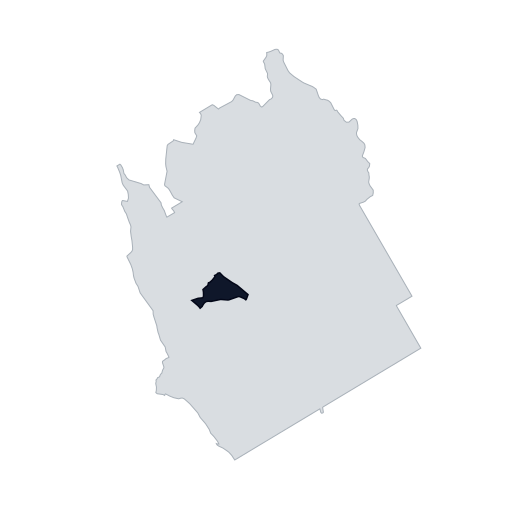 Khartoum highlighted on a map of Sudan, rotated 149°
{"feature_id": "SDN-874", "entity_name": "Khartoum", "entity_type": "Region", "adm_level": 1, "iso_a3": "SDN", "parent_name": "Sudan", "parent_adm1": "", "projection": "equal_earth", "projection_center": [32.98, 15.925], "detail": "fine", "context": "in_parent", "style": "filled", "palette": "ink", "viewbox_px": 512, "rotation_deg": 149, "n_neighbors": 0, "source": "natural_earth", "source_scale": "10m", "svg_char_len": 4554}
<svg xmlns="http://www.w3.org/2000/svg" viewBox="0 0 512 512"><g transform="rotate(149 256 256)"><path d="M328.9,404.8L325.4,404.8L325.0,403.7L325.0,400.6L325.4,398.3L326.7,394.7L326.4,392.7L326.6,389.8L325.7,386.6L317.2,377.3L315.6,374.7L311.1,372.3L311.9,369.7L310.0,350.6L310.9,348.4L311.2,345.1L311.2,342.2L312.2,337.3L312.4,335.2L303.4,335.1L303.3,337.2L303.7,339.5L303.7,340.5L291.3,340.5L296.2,348.0L296.4,351.3L296.2,355.4L296.2,358.0L296.5,359.7L297.9,363.1L297.8,363.7L297.5,364.5L288.6,374.4L287.1,379.1L286.0,381.5L283.4,385.6L275.3,396.3L274.0,397.0L267.8,397.3L267.2,397.6L266.7,398.1L261.2,391.7L252.4,384.2L246.5,388.1L244.9,389.5L244.9,393.2L244.0,395.0L242.4,397.0L238.0,398.3L235.8,399.4L233.1,401.4L230.4,404.9L230.2,406.6L230.5,408.2L215.6,408.2L214.6,406.9L212.5,401.3L210.9,401.6L197.3,400.9L195.3,401.5L191.4,403.8L189.5,404.2L187.5,403.2L180.4,392.0L178.8,390.7L177.2,388.1L175.7,386.9L175.2,386.1L175.0,384.9L175.1,382.4L174.6,380.9L173.5,380.6L163.8,383.1L162.5,382.8L160.4,383.3L159.7,383.8L158.9,385.2L158.7,388.3L158.5,389.8L157.7,391.5L155.0,395.2L154.3,396.9L154.4,401.0L154.2,403.1L153.8,404.1L152.6,405.7L152.1,406.6L151.6,411.9L150.1,415.2L149.7,416.3L149.6,418.6L149.4,419.3L145.0,421.2L143.4,422.4L142.4,424.2L142.1,424.9L140.2,424.3L137.9,423.8L133.3,423.3L131.5,422.4L130.7,421.1L131.0,417.9L130.5,417.2L129.8,416.7L129.3,415.3L129.4,413.6L131.9,409.9L132.4,407.9L133.1,398.5L132.9,395.7L131.1,390.4L126.8,381.4L125.8,379.6L120.4,372.2L119.8,371.1L118.5,368.0L120.0,361.1L120.2,359.2L119.8,357.2L118.4,355.8L117.2,355.6L115.6,353.8L114.6,352.9L113.7,351.3L113.0,349.0L113.6,341.0L113.3,339.9L111.9,339.6L111.6,339.0L111.7,337.5L111.0,332.9L110.2,329.1L110.7,327.0L109.6,324.1L107.4,322.9L103.0,323.8L101.7,323.6L100.7,323.1L100.1,322.1L99.8,320.8L100.1,319.0L101.4,315.5L103.0,312.7L106.2,310.1L107.0,308.8L107.5,307.3L107.6,305.5L107.4,303.7L107.1,302.0L106.2,299.8L105.4,297.2L105.4,295.5L105.9,294.2L106.7,292.7L109.9,289.7L113.1,287.2L113.6,286.4L113.5,285.3L112.0,283.3L111.6,279.4L110.9,276.6L112.5,274.6L113.7,273.8L115.6,273.2L116.3,272.3L116.6,270.7L116.5,269.1L117.2,267.9L118.2,265.4L118.9,264.3L121.4,261.3L121.9,259.4L122.1,257.6L121.6,252.1L123.0,249.7L124.8,247.8L127.4,248.0L131.4,247.5L134.1,246.7L136.0,246.8L140.4,247.8L140.9,247.4L141.2,245.9L143.0,141.2L161.1,141.3L161.3,141.1L162.2,92.1L275.9,92.1L276.9,91.9L278.7,87.4L279.4,87.1L280.6,87.3L281.0,88.4L280.0,92.1L379.3,92.1L379.5,97.7L380.4,102.1L383.3,108.5L385.7,112.0L386.6,113.9L386.7,114.7L386.6,115.6L385.8,114.6L384.6,114.0L384.4,117.0L385.1,123.1L386.1,127.4L385.4,131.4L385.6,138.2L387.0,146.3L386.7,151.5L388.9,163.6L391.0,170.3L392.1,172.0L393.4,172.8L395.8,173.4L399.4,176.8L402.2,180.5L403.3,182.4L404.6,184.4L405.6,184.1L406.1,183.5L407.1,185.2L411.6,188.8L412.2,190.5L410.6,192.2L408.8,195.0L407.9,197.6L407.5,198.5L406.0,200.1L405.8,200.9L405.1,201.5L404.4,201.5L402.9,202.4L401.5,202.1L400.2,202.6L399.7,203.2L398.6,203.8L397.1,204.1L394.8,206.3L392.8,207.4L392.1,208.3L391.1,212.8L390.3,213.9L387.3,214.1L385.8,214.4L383.8,214.0L382.8,214.0L382.6,215.0L382.3,218.8L382.3,220.4L380.7,224.8L381.2,233.0L379.6,239.1L379.4,240.6L377.8,245.4L377.0,247.2L374.9,256.3L374.1,259.1L372.4,262.1L374.3,284.0L372.8,290.7L372.9,294.4L371.9,299.8L371.1,302.3L369.7,305.4L368.6,308.7L367.7,313.2L367.0,321.7L366.7,322.4L361.3,323.5L359.7,324.1L358.5,325.0L357.2,327.2L354.4,333.1L353.0,336.8L350.8,341.8L348.2,345.3L347.6,347.1L347.2,350.3L346.2,355.3L345.4,358.9L345.5,361.8L344.7,366.9L344.8,369.3L343.9,370.7L342.7,372.0L341.8,372.3L338.1,369.0L335.5,371.3L333.8,374.5L332.6,377.8L333.3,384.8L333.2,386.4L332.9,388.0L330.4,394.9L329.7,398.0L328.9,403.5L328.9,404.8Z" fill="#d9dde1" stroke="#a8b0b8" stroke-width="1"/><path d="M318.7,254.6L314.3,255.4L313.6,255.4L312.8,255.5L312.3,255.8L312.0,256.0L311.2,256.9L310.9,257.1L310.8,257.3L310.6,257.4L310.5,257.5L310.4,257.4L309.5,257.2L309.4,257.2L306.1,257.8L302.1,259.3L301.8,259.5L301.7,259.6L301.5,260.3L301.5,260.6L299.4,260.4L298.7,260.6L298.4,260.7L297.8,260.9L297.6,260.9L297.4,260.9L296.1,260.4L295.7,260.2L294.7,255.9L294.2,254.4L290.1,245.4L287.3,240.5L282.7,227.0L286.6,223.9L287.3,223.7L287.7,224.8L288.0,225.5L290.4,228.9L291.2,229.8L292.2,230.4L301.9,232.4L302.8,232.8L308.7,237.0L317.9,240.2L320.2,241.8L321.8,242.5L322.5,242.6L323.7,242.5L325.0,242.2L327.4,241.0L328.1,240.5L330.8,240.0L330.9,241.4L331.4,243.6L333.9,251.0L327.5,249.6L323.4,247.7L322.9,247.7L322.1,248.2L321.3,249.2L319.6,252.2L318.7,254.6Z" fill="#0f172a" stroke="#020617" stroke-width="1.5"/></g></svg>